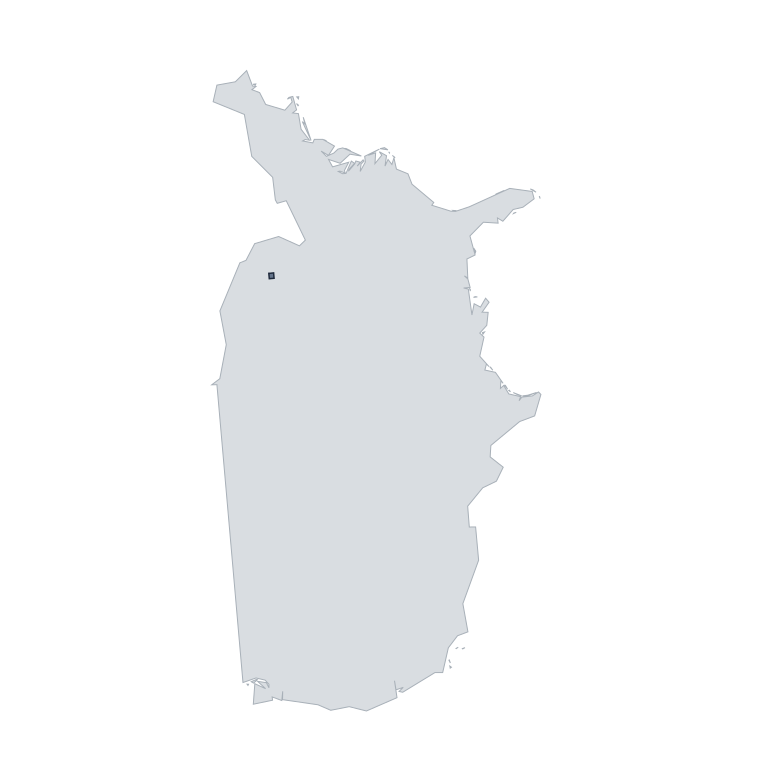 Wexford, Michigan, United States of America shown in context, rotated 265°
{"feature_id": "52423323B1059568410794", "entity_name": "Wexford", "entity_type": "district", "adm_level": 2, "iso_a3": "USA", "parent_name": "United States of America", "parent_adm1": "Michigan", "projection": "robinson", "projection_center": [-85.559, 44.339], "detail": "fine", "context": "in_parent", "style": "filled", "palette": "slate", "viewbox_px": 768, "rotation_deg": 265, "n_neighbors": 0, "source": "geoboundaries", "source_scale": "gbopen_adm2", "svg_char_len": 3921}
<svg xmlns="http://www.w3.org/2000/svg" viewBox="0 0 768 768"><g transform="rotate(265 384 384)"><path d="M622.3,272.1L664.7,268.4L680.1,238.4L696.3,243.6L698.0,262.2L708.2,274.5L692.3,279.0L691.6,282.4L688.7,278.1L685.1,285.5L672.8,290.5L665.4,309.1L672.9,317.1L677.6,316.1L676.2,312.6L677.8,314.3L678.4,318.2L664.7,320.8L662.0,316.6L660.8,322.3L645.0,323.6L633.4,331.0L634.4,326.8L633.2,324.1L630.4,334.1L633.8,335.9L633.0,344.4L625.3,355.4L616.6,348.6L621.5,341.7L615.8,346.5L618.4,354.1L622.0,358.6L622.8,363.5L613.1,381.3L615.9,370.1L607.7,359.5L612.6,348.3L604.8,351.7L608.0,368.2L600.2,363.2L597.6,363.7L599.9,358.6L599.7,357.0L597.1,361.0L597.1,364.5L608.9,370.9L606.4,373.9L601.1,368.1L599.1,367.1L605.8,374.0L608.6,375.4L607.0,379.6L603.4,376.3L609.1,382.7L607.8,383.5L605.0,380.3L597.8,378.8L606.8,384.8L612.5,384.6L618.4,399.9L613.2,388.2L615.0,395.8L604.3,394.2L612.1,401.7L615.8,399.6L611.2,406.4L601.0,404.0L607.3,407.6L602.0,411.0L608.4,413.6L597.0,415.1L591.3,426.2L580.6,429.3L560.5,449.4L557.9,447.2L550.3,465.7L549.7,470.2L553.1,484.4L567.9,526.3L562.9,548.4L555.4,549.7L548.0,537.8L546.6,527.9L535.8,516.6L539.5,511.5L534.3,511.7L536.5,497.1L524.0,482.5L504.6,486.0L501.3,477.5L482.3,476.7L484.7,473.5L481.3,476.7L472.7,478.2L472.7,471.7L471.2,476.3L445.1,477.6L456.1,480.8L452.2,486.8L460.6,492.7L456.3,495.8L447.0,488.0L446.3,494.0L433.5,491.5L426.4,483.8L422.0,487.7L403.3,481.8L392.2,490.1L395.0,487.8L389.1,485.7L385.9,496.0L374.3,502.7L377.0,500.7L369.5,499.6L372.1,503.1L363.2,507.5L359.5,519.0L355.6,517.1L358.9,520.2L359.2,530.8L362.6,537.2L359.9,539.4L339.1,531.3L334.8,515.9L313.5,485.1L302.1,483.4L290.7,495.5L277.4,487.5L272.0,473.3L255.0,456.7L234.1,456.5L233.6,462.8L200.2,462.9L158.3,443.4L129.8,446.0L126.8,435.3L115.6,425.1L91.4,417.3L92.1,409.6L75.3,375.8L76.4,372.2L80.1,376.7L78.3,369.3L87.5,368.6L70.4,369.6L59.8,338.0L65.6,321.2L63.6,302.5L70.2,290.3L78.4,255.4L86.7,256.3L77.6,254.6L82.0,245.3L78.7,245.4L76.4,225.9L96.7,229.2L90.8,239.5L98.8,232.2L96.7,240.8L91.4,242.9L94.9,243.2L99.4,239.7L102.3,230.9L98.9,217.5L397.9,217.5L398.2,212.3L403.6,220.9L436.9,230.3L471.1,226.9L517.3,251.0L519.2,257.3L535.1,267.4L540.1,291.9L529.0,311.8L534.2,318.2L575.1,302.6L573.3,293.4L576.9,291.8L599.6,291.1L622.3,272.1ZM650.0,327.8L656.8,326.8L632.9,332.6L652.5,325.5L650.0,327.8ZM99.0,225.8L100.8,231.3L100.5,232.1L97.4,228.0L99.0,225.8ZM362.3,535.3L359.7,526.1L360.1,520.8L360.3,526.3L362.3,535.3ZM694.0,279.7L694.1,282.5L692.9,281.9L694.0,279.7ZM426.6,486.5L427.1,488.7L425.0,486.9L426.6,486.5ZM100.3,425.8L103.2,424.6L103.4,425.0L100.3,425.8ZM97.3,425.0L96.0,426.5L95.2,425.2L97.3,425.0ZM671.0,321.3L669.2,323.1L668.7,322.6L671.0,321.3ZM361.8,516.0L360.1,520.2L364.2,512.0L361.8,516.0ZM563.6,512.4L566.4,520.7L563.1,511.6L563.6,512.4ZM114.3,432.7L115.3,435.0L114.1,432.9L114.3,432.7ZM564.2,549.6L561.8,552.2L565.6,546.7L564.2,549.6ZM619.4,405.1L616.9,408.3L618.8,400.6L619.4,405.1ZM96.9,221.4L96.7,222.9L95.6,222.2L96.9,221.4ZM372.1,504.8L368.0,506.7L372.2,504.2L372.1,504.8ZM677.6,322.1L677.6,324.1L675.5,323.6L677.6,322.1ZM113.6,439.0L114.3,441.7L113.2,439.3L113.6,439.0ZM366.9,508.3L365.2,509.3L366.7,507.7L366.9,508.3ZM621.8,366.9L619.2,371.2L622.2,365.3L621.8,366.9ZM390.9,492.0L388.2,493.6L392.1,490.8L390.9,492.0ZM550.9,467.9L550.4,471.3L550.1,468.9L550.9,467.9ZM609.3,414.1L608.4,414.8L611.0,412.2L609.3,414.1ZM511.6,485.2L508.3,487.0L507.1,486.6L511.6,485.2ZM471.5,477.6L470.9,478.2L469.0,478.1L471.5,477.6ZM543.0,528.2L543.5,530.7L542.5,527.8L543.0,528.2ZM463.1,482.4L462.6,484.6L462.5,480.7L463.1,482.4ZM556.9,555.4L555.1,555.7L557.6,555.0L556.9,555.4ZM632.4,345.9L631.2,348.0L632.7,345.0L632.4,345.9ZM614.9,408.9L613.8,409.7L613.6,409.6L614.9,408.9Z" fill="#d9dde1" stroke="#a8b0b8" stroke-width="1"/><path d="M498.9,278.9L498.9,283.7L501.7,283.7L503.1,283.7L504.3,283.7L504.2,280.1L504.3,278.9L498.9,278.9Z" fill="#64748b" stroke="#1e293b" stroke-width="1.5"/></g></svg>